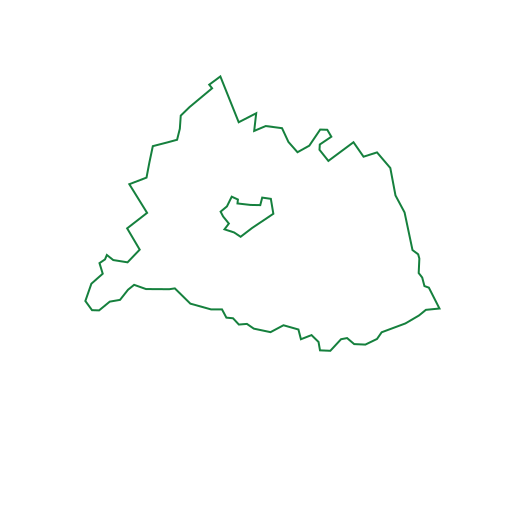 the district of Sharof Rashidov, Jizzakh, Uzbekistan, rotated 319°
{"feature_id": "79887680B75726526377189", "entity_name": "Sharof Rashidov", "entity_type": "district", "adm_level": 2, "iso_a3": "UZB", "parent_name": "Uzbekistan", "parent_adm1": "Jizzakh", "projection": "robinson", "projection_center": [67.817, 40.024], "detail": "fine", "context": "isolated", "style": "outline", "palette": "green", "viewbox_px": 512, "rotation_deg": 319, "n_neighbors": 0, "source": "geoboundaries", "source_scale": "gbopen_adm2", "svg_char_len": 1398}
<svg xmlns="http://www.w3.org/2000/svg" viewBox="0 0 512 512"><g transform="rotate(319 256 256)"><path d="M97.7,178.0L96.7,189.3L101.9,194.1L115.7,194.5L124.6,199.9L137.3,197.5L145.1,197.8L151.3,208.8L168.8,224.2L173.5,227.2L175.2,248.9L187.1,266.9L195.3,274.0L193.2,283.1L197.8,287.9L198.1,296.5L204.6,301.3L206.7,309.4L217.0,323.0L231.3,326.3L239.8,339.3L235.3,348.3L246.0,352.1L246.8,361.9L242.4,369.2L249.9,376.3L265.6,374.6L270.9,377.7L272.3,386.9L280.4,394.6L292.9,398.0L300.8,396.0L324.5,404.9L339.9,407.8L348.9,408.1L360.0,416.0L365.7,393.3L363.4,389.2L367.3,381.3L367.6,375.6L377.6,365.1L379.5,361.1L378.0,354.2L396.7,320.6L401.0,301.8L415.1,277.7L415.3,257.2L402.3,251.6L404.2,234.1L373.0,231.7L373.6,217.5L377.3,213.7L391.1,215.4L392.6,207.5L387.4,202.7L368.6,207.7L355.4,204.9L355.3,191.2L359.5,176.6L348.6,164.3L336.7,160.4L349.8,148.4L330.7,143.7L346.9,97.1L333.1,96.0L332.9,100.6L303.4,100.0L291.3,100.7L282.0,110.0L272.7,116.5L263.8,112.2L250.2,105.4L236.6,115.7L224.8,125.0L207.5,118.7L202.1,152.0L176.9,150.6L172.4,174.9L154.9,176.5L145.6,165.4L144.1,157.4L139.8,159.5L133.2,158.7L128.7,168.8L113.6,168.9L97.7,178.0ZM276.6,195.3L279.4,201.5L276.5,204.2L285.4,213.9L292.6,220.4L299.0,216.0L304.7,222.6L296.8,235.5L271.4,232.3L257.0,231.4L254.9,223.8L249.7,215.2L256.8,213.7L257.1,204.6L258.4,199.3L266.6,199.5L276.6,195.3Z" fill="none" stroke="#15803d" stroke-width="2"/></g></svg>